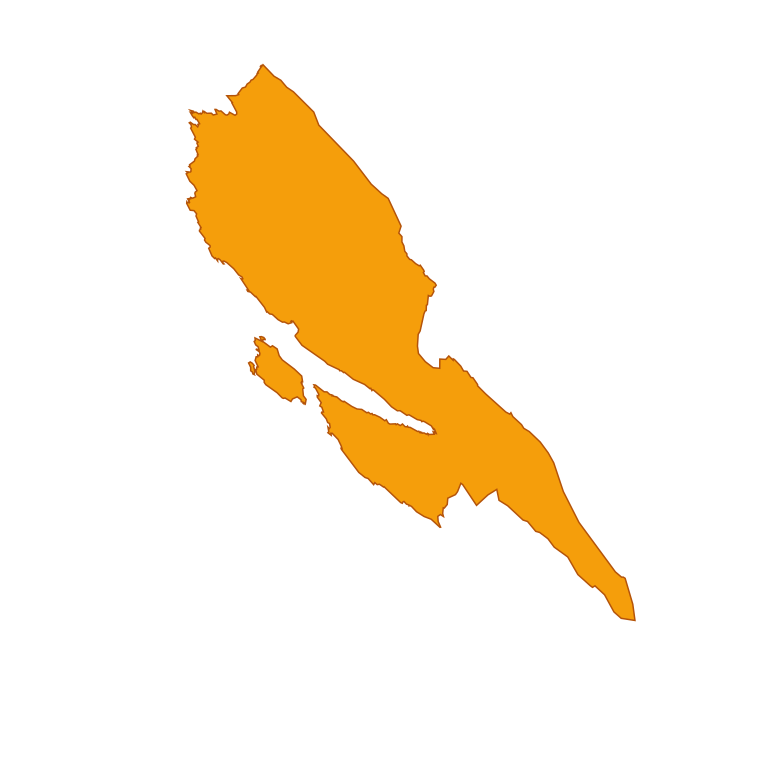 Gjemnes nor, Møre og Romsdal, Norway (Natural Earth projection), rotated 237°
{"feature_id": "86288312B41504021313270", "entity_name": "Gjemnes nor", "entity_type": "district", "adm_level": 2, "iso_a3": "NOR", "parent_name": "Norway", "parent_adm1": "Møre og Romsdal", "projection": "natural_earth1", "projection_center": [7.837, 62.91], "detail": "fine", "context": "isolated", "style": "filled", "palette": "amber", "viewbox_px": 768, "rotation_deg": 237, "n_neighbors": 0, "source": "geoboundaries", "source_scale": "gbopen_adm2", "svg_char_len": 6161}
<svg xmlns="http://www.w3.org/2000/svg" viewBox="0 0 768 768"><g transform="rotate(237 384 384)"><path d="M67.6,452.7L58.3,455.3L49.0,465.7L63.8,472.7L89.7,480.4L91.7,479.5L92.7,478.0L100.4,475.7L161.7,472.1L196.1,475.8L225.4,483.4L236.8,484.2L250.2,483.4L265.0,479.9L270.7,477.1L275.0,477.2L286.5,474.3L290.8,474.8L290.2,473.1L294.1,470.9L320.5,463.8L331.5,461.5L332.6,462.2L340.8,462.0L342.1,460.5L349.4,460.5L351.6,457.8L357.2,458.1L366.2,456.4L367.3,455.8L366.3,454.9L372.2,453.6L371.0,449.2L374.5,444.4L366.8,439.3L370.9,434.1L380.2,430.8L390.8,429.5L397.6,432.7L407.0,439.7L408.8,443.2L421.1,455.7L422.8,458.2L422.6,459.4L426.9,462.4L426.9,463.6L434.1,469.4L432.6,470.3L432.0,471.8L434.4,476.2L436.7,477.0L438.0,478.5L437.5,479.4L438.4,481.6L440.9,481.7L447.6,479.3L451.2,478.9L452.2,477.4L456.0,477.7L456.5,479.0L457.8,479.3L463.9,479.1L463.9,477.9L467.7,476.1L473.3,474.6L474.6,473.4L479.0,473.0L480.7,474.1L484.0,473.7L489.0,475.9L493.4,476.4L497.8,479.3L502.5,478.6L507.1,484.3L537.4,488.6L544.8,485.7L558.6,482.1L587.5,479.9L636.6,470.3L650.3,473.2L678.3,467.2L685.9,464.0L694.9,462.9L702.0,459.4L717.7,456.4L717.0,454.5L718.0,454.5L717.7,453.3L716.5,453.0L714.3,447.9L713.3,447.9L713.5,446.7L712.5,445.8L710.8,440.1L711.2,438.0L710.2,435.9L710.1,432.6L708.5,429.6L709.4,426.3L707.0,419.7L705.9,419.7L706.6,416.7L711.3,409.2L702.6,410.1L702.6,409.5L692.4,408.6L690.6,407.5L690.5,405.4L696.1,402.4L695.0,400.9L695.0,398.8L696.2,397.6L701.8,396.0L702.7,394.2L705.8,392.7L706.3,391.8L701.4,390.9L702.6,387.3L705.1,386.7L707.6,382.8L710.1,381.8L709.6,381.2L711.6,380.9L710.3,379.4L710.0,377.6L711.0,377.6L711.5,375.8L714.5,374.3L715.0,372.8L716.5,372.8L719.0,370.6L715.4,371.3L715.4,370.4L716.9,369.5L713.3,369.3L710.8,369.5L710.8,370.6L708.3,370.4L707.8,371.2L702.7,371.1L703.1,369.3L702.1,369.3L701.1,367.8L704.6,366.9L705.1,365.7L709.1,364.1L709.1,362.9L706.6,363.4L704.2,362.4L703.9,361.2L693.7,360.2L692.6,358.4L688.1,359.8L688.0,358.3L684.5,357.7L684.4,355.3L683.4,355.3L683.3,354.1L677.7,353.0L677.7,352.1L676.6,352.1L675.8,348.2L674.2,346.4L673.8,340.4L672.5,340.1L672.7,338.9L669.7,339.5L667.3,337.7L667.3,336.8L669.5,334.1L668.0,334.4L668.0,332.6L659.8,331.6L654.2,332.9L648.0,332.5L647.7,330.1L646.9,329.2L643.6,328.0L644.0,324.7L645.0,324.1L644.7,323.2L645.7,323.2L644.7,321.4L645.7,321.4L646.2,320.2L642.3,319.9L642.1,319.3L643.1,319.3L643.0,317.8L644.1,317.8L643.0,316.9L635.3,316.1L632.9,319.1L628.8,319.5L627.2,317.8L621.0,316.8L621.0,315.9L614.9,315.8L614.8,314.8L613.8,314.8L613.5,313.0L612.7,312.5L603.6,313.2L602.5,311.9L599.9,311.8L594.9,313.5L593.6,312.9L593.3,310.9L585.1,309.5L581.5,310.3L581.5,311.3L577.9,311.5L579.5,312.4L579.5,313.3L577.5,314.2L572.2,314.6L571.9,315.2L575.0,314.8L574.3,316.7L571.5,318.3L562.4,320.8L554.7,321.5L551.2,323.2L549.1,322.9L549.1,322.0L550.1,321.4L536.3,321.5L537.3,320.3L535.8,320.2L533.8,322.1L527.2,323.7L527.2,324.3L513.4,325.5L508.3,324.8L508.3,325.4L505.0,326.3L503.3,328.2L495.7,330.2L491.2,332.5L490.2,334.3L486.7,336.4L485.7,340.0L487.3,340.0L487.3,340.9L486.3,340.9L486.3,341.9L476.6,342.3L474.3,340.2L473.1,336.0L472.3,335.5L461.1,336.3L435.4,346.7L431.3,347.5L420.3,354.3L419.3,354.0L418.3,355.5L415.5,356.4L415.3,357.3L404.7,360.8L394.2,367.5L387.6,369.7L387.6,370.6L385.1,370.3L385.4,371.2L384.6,371.9L371.0,376.0L360.8,377.9L354.3,380.6L352.8,383.0L345.3,386.1L344.6,388.2L336.0,392.5L333.3,395.2L331.8,395.2L331.6,396.5L330.2,397.5L323.1,400.9L318.0,400.7L319.4,401.4L318.5,401.7L315.2,401.1L317.2,400.3L315.1,400.3L317.0,399.2L314.5,398.8L317.0,394.5L318.5,393.8L317.9,393.4L318.9,393.4L318.8,392.2L321.2,390.9L321.9,389.3L322.9,389.3L322.9,388.4L323.9,388.4L323.9,387.5L325.4,387.5L325.9,386.3L333.4,382.3L334.4,380.8L335.9,380.8L335.6,379.9L336.8,378.4L340.4,377.7L340.3,375.0L343.3,373.5L343.3,372.0L344.3,372.0L347.2,367.1L348.7,366.3L352.8,366.5L352.7,364.7L358.3,362.5L363.3,359.4L364.2,357.9L365.8,357.9L366.2,356.4L368.8,355.5L369.2,353.9L374.8,351.5L377.7,347.8L382.7,344.8L391.3,341.1L391.2,340.2L393.3,339.0L398.8,337.4L401.3,335.0L402.3,334.9L402.3,334.0L403.3,334.3L404.8,332.8L408.4,331.9L410.1,329.5L420.4,326.0L421.4,324.8L420.4,324.8L419.3,323.5L418.0,324.3L410.8,323.7L409.7,322.7L410.7,321.7L409.3,320.9L402.6,321.2L400.6,318.2L398.4,319.2L393.5,318.0L394.3,316.4L393.8,315.8L386.2,316.6L382.4,315.8L380.5,316.8L376.9,315.2L376.4,313.8L378.3,313.5L374.1,311.7L373.7,310.4L369.8,311.8L371.6,312.7L370.9,313.7L362.5,315.3L355.5,314.4L352.6,313.6L353.3,312.9L352.3,312.7L323.5,314.7L315.9,317.2L313.4,319.2L305.2,320.5L306.3,322.6L303.3,323.5L302.4,325.6L297.8,327.5L297.8,328.1L275.5,333.4L274.0,334.4L274.8,335.6L274.6,336.8L271.1,337.4L269.1,338.9L268.1,338.6L268.1,339.5L266.3,340.4L259.2,341.7L251.0,345.5L244.9,349.9L233.3,352.9L233.1,353.5L239.1,354.5L243.7,357.0L243.8,360.2L240.5,361.7L243.5,362.7L247.9,366.3L247.1,367.0L248.5,371.4L253.5,375.3L252.3,383.7L253.7,387.1L258.9,394.4L256.7,395.2L231.8,395.5L234.4,410.8L234.2,421.2L223.8,417.1L214.6,421.4L194.2,426.5L190.5,429.5L177.8,431.0L174.7,433.7L165.0,437.2L154.4,437.9L138.9,443.9L118.6,442.8L102.6,447.1L99.9,448.1L99.8,451.0L87.1,454.2L67.6,452.7ZM463.8,279.5L462.6,280.3L463.8,280.4L463.3,280.8L464.2,282.0L466.8,283.3L465.3,284.1L461.6,282.7L452.4,285.6L450.6,284.4L447.8,284.5L434.9,289.6L428.0,291.0L426.8,291.7L426.1,293.4L420.0,296.4L421.3,299.1L420.5,304.2L416.1,305.8L414.2,305.0L412.5,306.4L411.9,305.6L411.2,305.9L411.9,306.2L411.4,307.0L410.2,307.2L413.5,310.3L418.0,310.0L424.1,313.1L424.3,314.5L430.2,315.2L430.6,315.8L429.9,315.9L430.8,316.4L430.3,317.0L435.5,319.3L445.4,316.9L459.6,311.8L464.8,311.5L471.6,313.5L476.8,311.3L476.8,308.8L486.3,305.3L487.1,305.6L486.6,306.2L487.2,306.8L486.0,308.5L486.4,308.7L488.5,308.5L490.6,306.9L491.2,305.6L486.5,304.7L492.9,300.9L490.6,299.7L490.4,298.3L486.7,297.7L483.7,298.7L480.7,297.7L482.7,296.0L482.4,295.6L479.0,297.0L477.3,296.6L476.0,295.5L475.8,294.5L477.2,293.9L475.6,292.9L476.5,291.6L473.9,288.7L466.9,287.8L467.5,286.5L465.6,285.2L465.7,284.2L467.4,283.4L469.9,284.3L470.3,285.2L473.1,284.9L475.4,283.8L475.4,281.9L470.7,281.3L467.7,279.4L465.8,280.1L463.8,279.5Z" fill="#f59e0b" stroke="#b45309" stroke-width="1.5"/></g></svg>